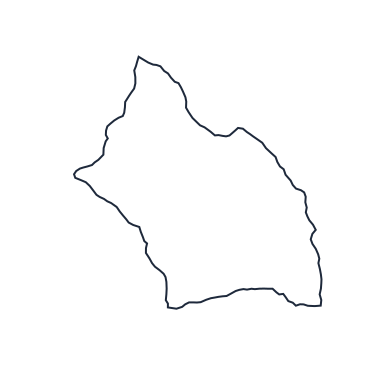 the district of Regente Feijó, São Paulo, Brazil, rotated 344°
{"feature_id": "56859067B58506078513279", "entity_name": "Regente Feijó", "entity_type": "district", "adm_level": 2, "iso_a3": "BRA", "parent_name": "Brazil", "parent_adm1": "São Paulo", "projection": "robinson", "projection_center": [-51.297, -22.243], "detail": "fine", "context": "isolated", "style": "outline", "palette": "slate", "viewbox_px": 384, "rotation_deg": 344, "n_neighbors": 0, "source": "geoboundaries", "source_scale": "gbopen_adm2", "svg_char_len": 2204}
<svg xmlns="http://www.w3.org/2000/svg" viewBox="0 0 384 384"><g transform="rotate(344 192 192)"><path d="M137.0,296.3L140.5,297.9L144.9,299.9L150.9,299.7L154.5,298.1L158.8,297.3L162.6,298.4L166.3,299.6L170.0,300.3L176.0,299.5L180.9,299.3L184.5,299.7L188.7,300.1L192.7,300.7L196.6,301.5L201.1,300.5L206.7,299.2L210.6,299.1L214.7,299.5L218.0,301.0L222.5,301.4L225.6,302.7L230.5,303.6L234.9,304.8L238.3,305.9L242.8,307.2L245.5,311.7L247.6,314.5L251.6,315.1L253.0,318.8L254.5,323.4L258.4,326.2L260.5,329.9L264.9,329.7L268.3,330.8L272.0,333.3L278.5,335.5L284.4,336.7L286.5,331.5L286.5,325.6L289.3,320.4L291.1,315.5L292.4,311.6L293.2,306.6L293.7,301.3L293.9,295.2L296.0,291.2L296.1,286.6L295.3,280.7L293.5,275.2L293.1,270.2L296.2,265.4L300.5,262.5L299.3,256.8L297.0,251.6L296.2,247.3L295.8,242.9L298.0,238.6L298.1,233.1L300.0,227.9L299.7,223.3L297.2,220.3L292.9,217.4L290.8,213.0L290.0,208.2L286.7,201.2L286.4,195.4L283.6,191.7L282.3,186.6L282.0,181.4L279.0,176.6L275.2,170.3L273.1,164.0L269.2,159.2L266.0,155.3L263.7,152.3L261.3,149.5L258.4,145.2L253.9,143.1L250.9,144.6L247.5,146.2L243.6,148.0L240.1,147.9L236.9,146.5L233.2,144.6L229.6,143.9L226.5,139.2L221.9,133.3L218.1,130.1L212.9,121.0L210.8,114.5L209.5,109.3L211.4,103.5L211.8,99.1L211.0,92.9L210.2,88.2L209.0,83.6L205.8,81.3L203.3,76.3L201.6,71.4L198.6,68.0L196.3,62.5L192.9,60.1L189.7,58.8L185.6,55.5L182.9,52.6L178.0,47.3L175.1,51.8L172.8,55.6L170.0,59.2L169.2,65.9L167.5,72.0L164.9,76.6L160.6,80.0L158.0,82.2L155.1,84.8L152.6,87.0L150.9,92.0L148.7,97.1L146.4,99.9L141.9,100.4L137.0,101.8L132.4,103.8L128.7,105.6L126.3,109.3L124.9,113.4L125.8,117.3L123.0,119.5L119.2,125.4L117.1,131.7L110.8,135.3L106.6,136.7L103.3,138.5L98.5,138.6L94.0,138.5L90.7,138.6L86.5,139.9L83.5,142.4L83.7,146.2L88.3,149.8L92.6,153.3L95.4,158.0L97.5,163.4L99.4,168.4L101.9,171.3L105.5,174.4L108.0,177.6L111.1,180.2L115.5,185.7L117.2,190.9L119.3,195.8L121.3,200.2L122.7,203.9L126.4,207.5L131.7,211.1L131.8,216.2L132.4,222.1L132.6,226.0L134.6,229.1L132.3,233.2L130.9,237.9L132.8,244.1L134.0,249.4L135.8,253.6L139.2,258.1L142.2,262.8L143.1,266.5L142.6,271.4L141.0,277.9L139.2,283.2L137.0,288.8L138.1,292.6L137.0,296.3Z" fill="none" stroke="#1e293b" stroke-width="2"/></g></svg>